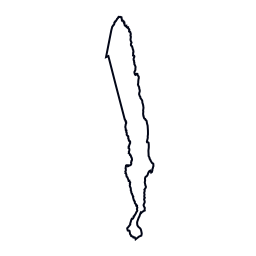 outline of Skeiða- og Gnúpverjahreppur, Suðurland, Iceland, rotated 291°
{"feature_id": "244011B10209439874100", "entity_name": "Skeiða- og Gnúpverjahreppur", "entity_type": "district", "adm_level": 2, "iso_a3": "ISL", "parent_name": "Iceland", "parent_adm1": "Suðurland", "projection": "natural_earth1", "projection_center": [-19.543, 64.398], "detail": "fine", "context": "isolated", "style": "outline", "palette": "ink", "viewbox_px": 256, "rotation_deg": 291, "n_neighbors": 0, "source": "geoboundaries", "source_scale": "gbopen_adm2", "svg_char_len": 5725}
<svg xmlns="http://www.w3.org/2000/svg" viewBox="0 0 256 256"><g transform="rotate(291 128 128)"><path d="M186.3,82.1L188.1,83.9L164.4,100.7L134.8,121.9L134.8,122.2L133.9,122.9L133.9,123.2L133.5,123.3L133.4,123.6L132.5,124.0L132.6,124.3L131.9,124.6L130.1,124.6L129.3,124.9L128.7,124.9L127.8,125.2L127.5,125.4L127.2,125.7L126.1,126.3L125.3,126.6L125.2,126.7L125.3,126.9L125.2,127.4L124.5,127.5L124.2,127.7L123.6,127.8L123.0,128.6L121.2,129.2L120.5,130.4L120.6,130.6L120.4,131.1L119.8,131.5L118.6,131.8L118.5,132.0L118.4,132.2L117.9,132.4L117.8,132.5L117.6,132.8L116.6,133.3L116.2,134.0L116.4,134.4L116.0,134.9L114.7,135.4L114.3,135.2L113.6,135.4L112.9,135.3L111.8,135.4L111.0,135.2L110.4,135.4L110.5,135.6L109.6,135.7L109.6,135.9L109.1,136.6L108.0,137.2L106.5,137.4L106.0,137.3L105.3,137.8L104.8,137.8L104.8,138.1L104.7,138.3L104.6,138.6L104.1,139.1L103.6,139.4L103.7,139.8L103.6,140.1L103.1,140.4L103.0,140.7L102.2,141.2L102.0,141.4L102.0,141.6L101.3,142.3L100.8,142.5L100.4,142.9L99.5,143.2L98.9,143.2L98.7,143.0L98.1,143.2L97.1,143.1L96.5,143.6L95.6,143.9L95.3,143.9L95.1,143.8L94.3,143.7L93.9,143.3L93.7,142.9L93.4,142.7L93.4,142.1L92.5,141.9L92.3,141.7L92.8,141.3L92.9,141.1L92.7,140.9L92.9,140.3L92.7,140.1L92.2,140.2L91.9,140.1L91.8,139.9L91.8,139.7L89.4,140.2L89.2,140.5L87.6,141.2L86.4,141.1L85.8,141.7L85.2,141.8L85.3,142.0L85.1,142.2L84.6,142.5L83.9,143.2L83.3,143.4L82.7,143.7L82.5,144.0L82.1,144.2L81.8,145.1L80.5,146.2L80.1,146.7L78.8,147.6L79.1,148.1L78.8,148.2L78.6,148.7L78.3,149.0L78.1,149.5L77.6,149.7L76.7,149.6L76.4,149.8L76.1,150.1L74.8,150.3L74.1,150.8L73.9,151.1L73.4,151.4L73.2,151.8L72.6,152.2L71.7,152.6L71.4,152.8L70.8,152.9L69.9,153.8L69.0,154.2L68.8,154.3L68.5,154.7L68.0,155.1L68.0,155.4L67.0,156.1L66.6,156.7L65.9,157.1L65.7,157.5L65.4,157.4L65.0,157.6L64.4,158.1L64.0,158.3L63.5,158.7L62.7,159.3L62.6,159.7L62.0,160.1L61.8,160.7L60.5,161.2L60.3,161.5L60.0,161.9L59.8,162.6L59.2,163.2L58.6,163.4L58.7,163.6L59.0,163.8L58.8,164.3L57.7,164.6L57.2,165.1L56.9,165.3L55.6,165.3L54.2,166.3L53.2,166.2L52.4,165.9L50.8,165.9L49.2,165.5L48.7,165.6L48.4,165.3L47.8,165.2L47.4,164.9L47.2,165.0L47.0,165.3L46.8,165.3L45.4,165.1L44.8,164.8L44.7,164.1L43.8,164.0L39.6,164.3L39.2,164.4L38.7,164.7L35.4,163.7L34.3,163.2L33.8,163.3L32.2,164.5L32.3,165.1L32.6,166.0L32.4,166.4L29.8,167.9L29.3,168.5L28.9,169.4L28.2,169.8L28.4,171.3L28.1,171.9L27.7,172.2L27.7,172.4L27.8,172.7L28.3,173.3L28.3,173.5L27.9,173.9L27.4,174.7L26.9,175.0L28.6,176.0L29.2,176.4L30.6,177.2L32.3,179.0L33.7,178.8L34.5,178.6L35.0,178.3L37.3,176.8L38.2,176.0L38.6,175.4L38.9,174.7L39.4,173.2L40.2,172.0L40.8,171.4L42.9,170.4L44.1,170.2L48.5,170.1L49.0,170.3L49.9,170.3L51.5,170.2L53.2,170.2L52.9,170.6L53.0,170.7L54.6,171.2L55.6,172.0L56.0,172.4L56.8,172.8L57.0,173.1L57.2,172.9L59.5,172.3L60.5,171.0L61.5,170.2L62.0,170.1L64.5,170.2L65.0,170.1L65.9,169.6L67.1,168.6L67.7,168.5L68.9,168.7L69.1,168.5L69.2,168.1L69.9,167.7L70.9,167.4L71.6,167.4L72.8,166.6L73.8,166.2L74.5,166.3L75.8,165.9L76.0,165.8L76.3,165.4L78.4,165.9L79.3,165.9L79.7,165.7L80.9,164.6L81.4,164.4L81.9,164.0L83.3,163.1L85.1,162.8L85.8,162.5L86.5,162.1L87.3,161.9L88.6,161.9L89.3,162.3L89.6,162.7L91.2,163.1L93.3,163.0L94.4,163.1L95.2,163.3L95.8,163.7L96.1,164.0L95.4,164.3L95.2,164.5L95.3,164.9L95.2,165.2L95.3,165.5L94.9,165.7L95.5,166.1L97.4,165.9L98.3,165.5L99.1,165.6L100.6,165.4L101.6,165.4L102.6,164.9L103.4,164.6L103.8,164.3L103.9,163.2L104.3,162.5L105.9,160.5L106.5,160.1L107.0,159.2L108.1,158.6L109.3,157.2L110.0,157.0L114.1,155.2L117.2,154.4L119.8,153.4L121.4,152.6L121.7,152.4L121.8,152.1L121.8,151.7L121.5,150.9L121.7,150.7L122.0,150.5L125.2,150.1L126.2,149.9L127.2,149.4L129.3,148.9L132.6,147.6L137.2,145.5L139.1,144.1L141.3,142.8L141.7,142.2L141.8,141.5L142.6,140.8L142.7,139.9L143.0,139.5L143.8,138.8L144.7,138.3L144.7,138.1L145.0,137.9L146.7,137.0L148.8,136.4L149.6,135.9L152.5,135.2L153.5,134.6L154.0,134.4L155.8,133.2L156.7,132.4L158.2,131.7L158.8,131.3L159.3,130.6L160.2,129.3L160.4,128.9L161.5,128.3L162.0,127.5L163.6,126.2L165.0,125.9L166.0,125.9L166.7,125.7L167.5,125.4L168.8,124.4L169.5,124.1L170.3,123.6L170.9,122.8L171.5,122.4L171.9,121.8L174.1,121.3L175.4,120.8L177.4,120.3L178.5,120.2L179.9,119.5L180.7,118.1L181.9,117.4L181.9,117.1L181.7,116.6L181.4,116.2L181.1,116.1L180.4,116.1L180.2,115.9L180.6,115.2L181.9,114.2L182.7,113.9L184.6,114.1L185.1,114.0L186.1,113.6L187.7,113.2L189.1,112.0L189.3,111.7L189.8,111.1L190.2,110.9L191.2,110.6L191.5,110.2L192.7,109.7L192.9,109.6L193.1,109.2L194.1,108.6L194.7,108.4L196.7,108.4L197.3,108.2L197.6,107.8L197.5,106.7L198.7,106.4L200.1,105.8L201.0,105.9L201.5,105.5L202.2,105.2L202.7,104.9L202.8,104.6L203.5,104.1L204.3,103.6L205.1,102.9L205.7,102.6L205.9,102.1L205.9,101.7L206.1,101.4L206.5,101.0L207.6,100.6L208.7,100.7L209.0,100.7L209.3,100.5L209.7,99.9L211.1,98.8L211.6,98.6L214.2,98.0L214.4,97.7L215.1,97.4L215.3,97.1L215.5,97.0L216.5,97.0L216.8,96.9L218.4,95.7L218.5,95.5L218.4,95.2L218.7,94.8L218.6,94.4L219.1,94.2L220.1,94.1L220.7,93.5L220.7,93.2L221.0,92.9L221.1,92.6L221.3,92.3L221.8,92.1L221.4,91.7L221.5,91.4L221.8,91.1L221.7,90.7L222.2,90.5L222.2,90.3L222.2,89.9L222.3,89.7L222.8,89.6L222.4,89.0L222.5,88.8L222.6,88.2L223.2,87.8L223.9,87.5L223.9,87.3L224.1,87.0L224.6,86.8L225.0,86.9L225.4,86.7L225.4,86.4L225.2,86.1L225.3,86.0L225.9,85.8L226.1,85.6L225.9,85.2L226.0,85.0L226.1,84.9L226.2,84.6L226.5,84.4L226.4,83.9L226.5,83.8L226.4,83.7L227.6,83.1L228.1,82.6L229.0,82.3L229.1,81.3L228.6,80.5L228.6,79.6L228.4,79.4L227.5,79.2L227.2,79.3L226.6,79.0L226.2,78.9L226.0,78.7L225.1,78.7L224.2,78.4L223.3,78.3L222.9,78.1L222.8,77.8L221.7,77.8L221.5,77.5L220.1,77.9L219.6,77.9L218.8,77.6L218.4,77.3L217.6,77.3L217.1,77.0L213.3,77.4L186.3,82.1Z" fill="none" stroke="#020617" stroke-width="2"/></g></svg>